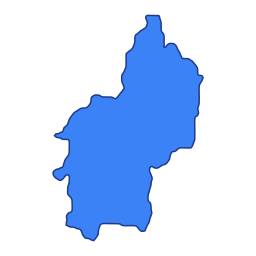 the district of Las Matas de Farfan, San Juan, Dominican Republic
{"feature_id": "3306468B58611223630856", "entity_name": "Las Matas de Farfan", "entity_type": "district", "adm_level": 2, "iso_a3": "DOM", "parent_name": "Dominican Republic", "parent_adm1": "San Juan", "projection": "equal_earth", "projection_center": [-71.495, 18.95], "detail": "fine", "context": "isolated", "style": "filled", "palette": "blue", "viewbox_px": 256, "rotation_deg": 0, "n_neighbors": 0, "source": "geoboundaries", "source_scale": "gbopen_adm2", "svg_char_len": 5767}
<svg xmlns="http://www.w3.org/2000/svg" viewBox="0 0 256 256"><path d="M54.5,135.7L55.6,136.7L56.5,137.2L57.2,137.4L59.2,137.8L59.9,137.9L60.5,138.2L61.7,138.9L62.3,139.2L63.1,139.3L63.8,139.4L67.1,139.4L68.1,139.7L68.4,139.8L68.7,140.1L68.9,140.4L69.0,140.8L69.2,141.7L69.3,143.0L69.2,151.4L69.1,152.9L68.9,153.8L68.7,154.7L68.2,155.5L65.9,158.6L65.4,159.4L65.0,160.1L64.5,161.7L63.8,163.5L63.6,164.3L63.2,165.8L63.0,166.5L62.8,166.8L62.3,167.2L60.5,167.9L58.8,168.8L56.4,169.4L55.8,169.7L54.2,170.8L53.7,171.2L53.5,171.5L53.2,172.2L53.1,172.6L53.1,173.4L53.2,174.3L53.3,174.7L53.6,175.5L54.3,176.5L55.2,177.5L56.1,178.2L57.6,179.1L59.7,180.4L60.7,180.3L61.3,180.1L61.7,179.9L62.3,179.5L63.2,178.6L65.4,175.9L65.9,175.4L66.6,175.0L66.9,174.9L67.6,174.9L68.2,175.0L68.5,175.2L68.7,175.5L69.0,175.8L69.1,176.2L69.3,177.1L69.3,178.1L69.3,180.0L69.1,182.1L69.0,183.1L68.8,184.0L68.1,185.9L67.8,187.1L67.7,188.6L67.6,190.0L67.6,191.5L67.6,192.9L67.9,194.2L68.2,194.9L68.6,195.4L69.6,196.2L70.7,197.4L71.4,198.5L71.7,199.3L71.9,199.7L72.0,200.7L72.1,202.2L72.2,207.7L72.1,209.6L72.0,210.5L71.9,210.9L71.8,211.2L71.5,211.6L71.0,212.0L69.6,212.5L68.6,213.0L68.1,213.5L67.5,214.1L67.1,214.8L66.7,215.6L66.5,216.4L66.5,217.2L66.6,218.0L66.9,218.9L66.9,219.6L66.9,220.2L66.5,221.6L66.4,222.5L66.2,225.2L67.5,225.6L69.0,226.5L69.6,226.8L70.7,227.0L73.0,227.1L74.1,227.3L74.8,227.5L76.3,228.3L77.0,228.6L79.1,229.0L79.8,229.2L80.1,229.4L80.4,229.6L80.6,229.9L81.0,230.5L81.9,232.5L82.5,234.4L82.9,235.2L83.9,236.6L84.7,237.5L85.3,238.0L86.1,238.2L88.3,238.5L89.1,238.7L89.7,239.0L90.9,239.7L91.5,240.0L93.8,240.6L96.7,236.9L97.4,235.8L97.8,235.0L98.0,234.5L98.2,233.6L98.5,230.2L98.7,229.3L98.9,228.5L100.0,225.6L100.6,224.6L101.1,224.1L101.8,223.8L102.5,223.6L104.1,223.5L109.4,223.6L117.8,223.7L119.0,223.8L119.8,224.0L120.4,224.3L121.9,225.2L122.6,225.4L123.4,225.6L125.8,225.7L133.6,225.6L135.1,225.8L135.9,226.0L136.2,226.1L136.9,226.6L137.7,227.5L139.6,229.9L140.2,230.5L140.9,231.0L141.2,231.1L141.9,231.3L142.9,231.3L144.0,231.1L145.2,230.6L145.5,229.3L146.3,227.5L146.9,226.0L147.5,224.9L148.6,223.1L149.2,221.9L149.4,221.1L149.7,219.4L149.9,218.6L150.9,216.0L151.7,213.5L151.8,212.8L151.7,212.1L151.3,210.7L151.2,209.9L150.9,205.5L150.7,204.1L150.5,203.3L150.1,202.7L149.6,202.2L148.7,201.3L148.4,200.8L148.1,200.0L148.0,198.8L148.0,196.5L148.1,195.6L148.2,194.7L148.4,193.9L149.1,192.1L149.8,188.8L150.6,186.6L150.9,185.3L151.1,183.0L151.3,181.8L151.5,181.0L152.0,179.6L152.1,178.8L152.1,177.9L152.0,177.2L151.2,175.4L150.7,173.9L149.9,172.1L149.6,171.3L149.5,170.4L149.5,169.5L149.6,168.7L149.7,168.3L150.0,167.6L150.5,167.0L151.1,166.6L151.7,166.5L152.4,166.6L154.0,167.7L155.0,168.0L156.4,168.1L157.1,168.1L157.8,167.9L158.4,167.6L159.9,166.7L161.1,166.0L162.8,164.9L165.1,164.3L165.8,163.9L166.7,163.1L167.5,162.1L168.6,160.7L169.3,159.6L169.6,158.8L169.7,158.3L170.1,155.8L170.4,155.0L171.3,153.0L171.6,152.4L171.8,152.1L172.1,151.9L172.7,151.7L174.6,151.4L175.6,151.0L176.2,150.6L177.9,149.0L178.8,148.3L179.9,147.9L181.4,147.8L188.4,148.0L189.9,148.0L190.6,147.9L191.2,147.6L191.5,147.4L191.9,146.8L193.0,144.5L193.6,142.6L194.4,140.8L194.6,139.9L194.7,139.0L194.8,137.5L194.8,136.0L194.7,120.4L194.8,118.9L194.9,118.0L195.1,117.3L195.3,116.9L195.5,116.7L195.8,116.5L197.0,116.0L197.5,115.5L198.2,114.0L198.5,113.0L198.5,112.6L198.4,112.0L198.0,110.2L197.9,109.4L197.9,108.5L198.0,107.2L198.7,105.4L198.9,104.6L199.1,103.7L199.1,102.7L199.2,99.7L199.1,88.2L199.2,86.8L199.3,85.8L199.5,84.9L199.8,84.1L201.4,81.6L201.8,80.9L202.8,78.5L202.9,77.8L202.9,77.4L202.9,77.0L202.7,76.7L202.3,76.1L201.8,75.7L201.2,75.5L199.0,75.3L198.5,75.0L198.2,74.8L198.0,74.5L197.8,73.7L197.7,72.8L197.6,69.6L197.5,68.6L197.2,67.7L196.6,66.5L195.8,65.4L193.5,62.6L192.4,61.3L191.7,60.8L190.5,60.1L189.4,59.3L188.4,58.8L187.7,58.7L187.0,58.6L184.3,58.6L183.3,58.5L182.6,58.3L182.0,58.0L181.6,57.4L180.7,55.4L179.7,52.7L177.7,49.4L176.8,47.1L176.4,46.3L175.9,45.6L175.4,45.0L174.8,44.4L174.2,43.9L173.8,43.8L172.7,43.5L170.8,43.4L169.3,43.6L168.6,43.9L167.7,44.6L166.8,45.5L165.5,47.2L164.1,47.2L164.1,37.8L164.1,36.3L163.9,35.3L163.7,34.4L163.3,33.6L162.8,33.0L161.9,32.0L161.5,31.4L161.4,31.0L161.2,30.1L161.2,29.1L161.1,23.8L161.1,22.8L160.9,21.8L160.7,20.8L160.0,19.1L159.5,17.0L158.9,15.6L148.1,15.4L147.1,15.5L146.7,15.7L146.2,16.1L145.9,16.7L145.7,17.1L145.7,17.4L145.7,17.8L145.9,18.4L147.3,22.2L147.4,22.9L147.4,23.2L147.2,23.9L146.5,26.1L146.2,26.8L145.5,27.7L145.0,28.2L143.8,28.8L142.4,29.8L140.5,30.9L138.2,33.1L137.7,33.5L136.5,34.3L135.7,35.0L135.3,35.7L135.2,36.0L135.0,36.9L134.9,38.2L134.8,41.4L134.7,42.2L134.6,43.1L133.3,46.5L133.0,47.3L132.6,48.0L132.1,48.7L131.0,49.9L130.4,50.3L128.9,51.2L127.0,53.0L126.2,53.7L126.1,57.2L126.1,64.5L126.1,65.9L125.9,66.8L125.7,67.6L125.0,69.4L124.4,70.9L124.0,71.7L122.6,73.8L122.2,74.5L122.0,75.0L121.8,75.8L121.7,77.2L121.7,78.5L121.7,79.9L121.8,80.8L121.9,81.7L122.2,82.5L123.0,84.3L123.9,86.8L124.0,87.4L124.0,87.8L124.0,88.2L123.7,89.0L123.0,90.0L117.3,97.2L116.8,97.8L116.1,98.3L115.8,98.5L115.1,98.6L114.8,98.6L114.2,98.4L113.1,97.7L112.5,97.4L111.4,97.1L109.6,97.0L104.3,97.0L102.5,96.9L101.4,96.5L99.7,95.5L99.0,95.2L98.3,95.1L96.9,95.0L95.5,95.0L94.4,95.2L93.8,95.5L91.9,96.9L91.5,97.4L91.3,97.7L91.2,98.5L90.9,101.4L90.7,102.3L90.6,102.7L90.2,103.5L89.5,104.6L88.7,105.7L87.8,106.6L86.9,107.4L86.6,107.6L85.9,107.9L84.8,108.0L82.3,108.1L81.6,108.2L81.0,108.4L79.2,109.4L78.0,110.1L76.3,111.3L74.8,112.2L73.9,113.0L72.8,114.3L71.0,116.7L70.0,118.1L69.4,119.2L68.7,121.1L68.1,122.6L67.6,124.1L67.2,124.8L66.8,125.4L66.3,125.9L64.9,126.9L64.4,127.3L64.0,127.9L63.7,128.6L63.1,130.8L62.8,131.4L62.3,131.8L60.5,132.5L58.8,133.5L57.8,133.7L56.0,133.8L54.5,135.7Z" fill="#3b82f6" stroke="#1e3a8a" stroke-width="1.5"/></svg>